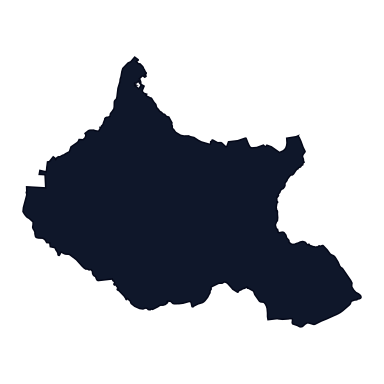 Sangeorgiu De Padure, Mures, Romania
{"feature_id": "2599482B81153426135249", "entity_name": "Sangeorgiu De Padure", "entity_type": "district", "adm_level": 2, "iso_a3": "ROU", "parent_name": "Romania", "parent_adm1": "Mures", "projection": "mercator", "projection_center": [24.904, 46.423], "detail": "fine", "context": "isolated", "style": "filled", "palette": "ink", "viewbox_px": 384, "rotation_deg": 0, "n_neighbors": 0, "source": "geoboundaries", "source_scale": "gbopen_adm2", "svg_char_len": 5970}
<svg xmlns="http://www.w3.org/2000/svg" viewBox="0 0 384 384"><path d="M358.7,299.0L360.5,298.3L361.0,297.5L361.0,296.8L360.5,295.5L358.5,293.8L355.8,292.4L353.7,290.1L351.8,287.0L351.7,285.1L352.0,283.1L350.7,280.5L342.4,268.4L340.9,267.5L339.8,266.2L338.1,262.1L335.1,257.2L333.7,255.8L331.2,254.7L330.0,253.8L327.2,249.9L323.1,245.6L322.4,245.5L320.3,246.3L319.1,245.8L317.4,247.1L316.6,246.9L315.7,247.2L313.7,246.6L312.9,246.8L312.0,246.1L309.9,245.5L308.9,244.2L308.7,244.3L308.6,245.0L307.0,244.5L305.4,242.4L303.7,241.7L302.5,241.5L300.2,242.0L298.3,243.0L296.7,243.4L294.3,244.4L291.7,244.3L289.1,242.4L289.0,241.0L288.7,240.1L286.6,237.8L285.9,235.1L284.1,232.7L283.4,232.3L282.3,232.1L279.9,232.6L278.4,232.6L278.0,232.1L278.1,231.1L277.4,230.1L277.6,229.4L276.5,228.9L276.1,227.9L275.3,224.9L276.6,221.5L277.4,220.8L277.7,217.7L277.4,213.8L277.5,211.8L277.2,210.7L276.3,210.6L276.6,209.6L276.2,207.5L276.8,203.4L277.7,202.1L276.9,201.0L276.7,198.0L277.0,197.3L277.1,197.5L278.5,195.7L278.3,194.0L279.8,192.5L280.1,191.4L281.2,189.5L283.2,188.5L284.5,186.8L285.0,185.4L284.9,183.6L285.3,182.7L286.9,180.6L287.5,179.0L290.0,175.7L291.1,175.0L292.4,174.9L293.5,174.0L295.9,170.4L297.0,169.2L297.9,168.9L298.5,167.7L300.4,167.0L300.9,166.5L301.4,165.4L302.7,164.9L303.1,162.9L304.1,162.2L303.5,160.9L303.4,159.2L302.6,157.0L302.5,155.9L303.2,154.3L304.8,152.2L305.1,151.4L303.1,147.4L300.9,141.3L299.2,137.6L298.1,136.0L298.2,135.8L296.1,136.7L286.7,138.2L287.0,143.0L286.6,145.7L285.8,148.0L284.7,149.5L283.2,150.8L279.5,152.5L271.4,146.8L266.9,145.2L266.3,146.2L265.3,146.6L264.4,146.1L263.4,145.1L256.8,147.5L251.8,147.9L250.9,147.6L250.1,147.1L249.2,145.7L248.0,143.2L246.2,138.6L246.0,138.2L245.3,138.1L237.8,140.7L228.5,141.8L227.0,146.0L226.4,146.7L225.7,146.7L221.9,143.1L221.0,142.6L217.6,142.7L212.9,140.1L212.2,140.0L211.7,141.1L210.7,141.6L210.6,142.0L211.0,142.7L210.6,143.0L210.4,144.1L210.0,144.4L201.3,141.9L198.2,140.3L194.0,137.5L190.3,136.7L188.7,135.9L184.0,136.0L180.6,135.3L175.8,132.4L175.0,131.5L173.6,129.4L172.3,128.4L172.3,126.0L171.6,124.1L172.0,122.9L168.8,117.0L166.4,116.4L164.6,114.3L163.4,114.2L161.2,112.1L159.6,111.2L158.4,109.4L156.6,107.5L155.8,104.4L153.8,102.1L153.4,101.2L152.9,100.8L152.3,99.5L151.6,98.5L150.9,97.9L149.8,97.9L148.8,97.0L147.7,96.7L146.0,95.4L146.7,94.2L144.0,93.3L142.9,92.2L142.4,91.4L142.4,90.2L144.1,86.1L141.3,84.5L141.1,84.7L140.8,85.7L139.7,87.5L138.6,88.8L136.8,87.1L134.7,85.7L134.9,85.2L136.1,85.1L134.7,84.4L134.5,83.9L134.6,83.2L136.4,83.0L138.3,81.1L138.8,81.5L139.1,82.5L140.3,84.0L140.9,83.8L140.7,81.7L139.8,79.3L139.3,78.8L142.3,75.9L143.3,76.1L144.7,77.2L145.6,76.7L146.1,76.1L144.9,74.4L145.0,74.1L146.0,74.0L146.2,73.6L146.2,72.8L145.4,72.0L144.2,69.4L143.5,68.6L143.3,67.6L142.7,66.6L140.1,63.9L138.1,63.6L137.5,62.7L136.2,61.6L138.2,60.2L138.2,59.7L134.7,57.1L130.7,61.8L128.1,62.9L122.8,68.4L121.9,71.4L121.0,76.6L120.2,79.2L119.9,82.0L118.0,88.2L116.9,97.3L116.2,99.4L115.2,100.1L114.5,101.1L114.3,102.0L114.2,106.8L113.9,108.8L112.2,111.4L110.5,113.5L109.9,116.4L108.2,117.2L106.6,117.3L105.5,117.8L104.8,118.6L104.7,119.7L103.6,122.4L103.1,124.2L102.5,125.1L101.5,126.0L100.6,127.9L100.1,127.7L100.4,128.6L99.5,129.4L99.3,130.4L98.3,131.2L95.6,130.8L93.5,130.1L89.7,130.2L88.4,130.7L85.0,133.4L85.7,134.7L85.8,135.9L84.9,138.0L83.0,139.7L79.1,139.5L78.2,141.6L76.9,142.8L71.0,146.9L69.4,151.7L65.4,153.8L64.1,154.8L62.5,155.3L59.9,156.8L58.7,156.7L57.7,157.1L57.0,157.6L55.7,159.6L55.4,159.5L55.0,158.1L53.2,156.8L49.4,161.6L47.5,161.9L46.7,168.1L46.7,169.1L46.1,171.8L39.9,170.4L39.2,174.4L44.7,174.7L45.1,175.5L45.7,187.9L26.6,186.8L26.8,192.4L26.3,192.4L26.8,194.8L23.4,207.6L23.0,211.6L24.3,213.8L25.6,215.6L27.2,217.3L29.2,218.4L33.1,222.0L33.0,225.1L32.7,226.5L32.7,227.7L33.3,229.1L34.3,230.6L35.0,232.6L34.9,233.7L35.5,236.5L36.0,237.2L36.7,237.6L38.3,238.0L42.7,238.2L44.5,239.3L45.4,240.3L46.7,242.6L49.8,242.9L50.3,246.7L54.6,247.6L55.2,248.2L55.9,249.9L57.2,251.7L57.9,253.4L58.0,254.7L58.4,255.3L59.2,255.4L59.9,254.4L60.4,253.0L61.2,252.1L64.5,253.8L65.7,254.1L68.8,254.3L69.8,254.7L76.4,259.7L82.2,266.2L84.2,268.1L85.8,269.1L87.4,269.0L89.0,269.9L91.2,269.6L92.4,271.4L92.6,273.5L93.1,274.7L93.8,275.6L95.6,276.7L96.4,278.9L97.1,280.1L98.1,280.6L112.2,279.0L112.7,280.1L113.3,281.0L113.9,281.0L114.6,282.5L114.6,283.2L114.0,283.7L113.9,284.4L114.4,285.0L115.0,284.6L115.7,284.9L118.0,288.0L118.1,288.7L117.2,289.1L117.2,289.6L117.7,290.1L118.4,290.2L119.6,291.3L124.2,296.1L125.8,298.6L125.9,299.2L126.3,299.6L126.7,299.6L127.1,298.6L127.5,298.4L127.9,298.7L129.4,300.4L130.4,301.2L130.8,302.8L131.3,303.6L134.7,306.3L139.6,308.5L143.0,309.0L145.0,308.2L145.8,308.1L147.0,308.3L148.3,309.6L149.1,309.7L150.2,309.8L151.2,309.0L152.6,309.4L157.8,306.8L159.7,305.5L160.6,305.2L163.0,305.2L165.5,304.4L166.5,303.4L166.7,302.6L167.1,303.0L167.6,302.4L167.7,301.9L167.5,301.2L168.3,301.1L170.8,301.4L172.8,303.4L174.2,303.8L179.1,303.7L183.1,303.2L188.8,301.6L190.3,301.5L191.1,302.5L192.0,306.6L192.9,306.9L194.1,305.9L198.1,303.9L202.2,302.7L203.6,301.9L205.0,300.6L207.6,297.3L209.1,294.3L210.0,292.8L210.1,290.8L211.2,289.1L211.0,287.8L211.3,286.9L218.7,283.3L222.2,283.2L224.0,282.1L224.8,282.0L226.4,282.5L227.8,283.6L231.7,287.9L232.7,289.2L237.5,292.2L238.2,292.0L238.9,290.6L241.1,289.8L242.8,288.7L244.6,288.3L246.8,287.0L247.4,287.2L247.5,288.2L248.5,288.3L253.2,290.9L253.7,291.5L254.8,294.6L259.5,301.3L260.7,301.9L263.5,302.2L264.3,302.7L265.4,304.1L266.5,306.3L267.1,308.5L267.5,313.0L267.5,316.7L268.0,319.7L277.3,318.6L278.5,318.9L282.6,319.3L288.4,318.9L289.8,318.6L292.1,318.7L292.4,319.2L292.5,320.1L292.2,322.4L292.3,323.1L292.7,323.9L297.4,325.5L299.8,326.8L300.9,326.9L302.5,326.5L305.0,324.2L307.1,322.9L308.9,323.0L313.6,324.4L314.8,324.3L321.4,321.0L326.6,318.9L337.9,313.8L340.4,312.4L342.7,310.7L349.2,305.1L350.2,304.0L351.2,301.3L354.3,300.1L356.9,299.8L357.7,298.7L358.7,299.0Z" fill="#0f172a" stroke="#020617" stroke-width="1.5"/></svg>